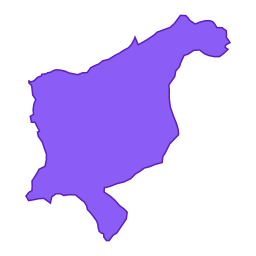 Paphos, Paphos, Cyprus
{"feature_id": "46923920B77200142670897", "entity_name": "Paphos", "entity_type": "district", "adm_level": 2, "iso_a3": "CYP", "parent_name": "Cyprus", "parent_adm1": "Paphos", "projection": "natural_earth1", "projection_center": [32.428, 34.773], "detail": "fine", "context": "isolated", "style": "filled", "palette": "violet", "viewbox_px": 256, "rotation_deg": 0, "n_neighbors": 0, "source": "geoboundaries", "source_scale": "gbopen_adm2", "svg_char_len": 2008}
<svg xmlns="http://www.w3.org/2000/svg" viewBox="0 0 256 256"><path d="M29.0,80.9L28.8,81.7L29.1,83.2L29.6,83.7L31.4,85.2L31.9,87.5L32.7,95.0L35.8,99.5L34.3,102.9L33.5,106.6L33.1,110.2L33.6,114.3L30.3,116.3L31.4,122.2L35.1,122.3L37.0,126.4L39.5,131.1L37.5,132.1L38.3,136.3L42.4,142.3L44.3,148.1L46.4,154.1L46.4,159.9L45.0,166.3L39.0,169.3L37.2,172.8L34.4,177.3L32.0,181.0L32.2,185.9L31.9,190.6L28.7,192.5L26.0,196.1L28.6,200.6L32.3,200.0L38.7,198.7L43.9,198.4L50.4,203.1L51.8,196.8L55.9,193.8L60.7,193.8L63.6,195.5L69.0,194.7L75.6,194.9L77.6,196.6L81.6,200.0L84.4,202.1L86.7,206.0L87.4,209.5L89.2,211.4L92.7,215.5L96.6,220.9L97.8,224.3L98.3,228.1L99.2,231.4L101.8,233.3L103.5,233.7L104.0,237.5L106.4,240.6L109.1,240.6L113.0,235.3L116.8,233.0L124.1,222.2L126.3,219.0L127.2,212.2L124.5,209.3L119.6,205.6L114.8,200.2L109.9,195.9L104.1,192.1L104.3,187.8L109.9,186.4L116.8,183.7L124.0,181.9L130.7,178.7L135.6,173.8L140.2,171.1L144.4,168.0L150.0,166.6L155.0,164.4L162.2,162.5L162.8,156.5L165.1,153.2L169.6,144.0L174.2,139.2L178.6,134.7L178.2,129.8L178.2,129.7L176.8,124.5L173.2,115.4L170.3,107.0L169.2,98.1L169.3,91.0L168.9,84.9L173.1,78.9L174.8,76.5L175.7,71.1L179.5,66.5L180.6,63.0L182.2,59.4L184.1,55.5L188.3,54.0L193.6,50.4L199.5,49.9L204.5,53.8L208.8,55.5L214.5,56.7L219.6,56.6L224.2,53.0L227.8,49.5L228.0,49.3L225.1,47.4L225.9,44.7L230.0,42.7L229.0,41.0L226.4,37.4L226.5,35.2L226.3,30.8L221.9,27.6L216.9,27.6L214.6,23.8L212.7,21.7L212.1,21.5L209.9,20.7L205.5,20.7L201.0,21.8L195.0,24.0L190.0,20.5L188.2,18.1L185.8,15.6L181.2,15.4L180.4,15.4L174.5,23.4L170.2,27.4L161.4,30.6L157.1,32.2L154.0,35.1L147.1,39.7L143.2,42.0L138.2,44.7L135.0,37.2L134.3,39.1L131.8,44.0L128.6,47.7L122.7,50.9L119.5,53.2L115.1,55.3L108.6,59.4L102.8,60.8L98.6,64.1L94.6,65.7L90.8,67.6L87.3,72.5L82.3,72.9L77.6,74.7L68.9,72.9L65.0,71.1L60.2,70.1L55.9,69.8L53.5,70.6L50.5,72.2L47.7,72.8L45.7,73.9L42.0,74.2L41.0,76.1L38.8,76.7L36.9,77.9L35.4,79.5L34.2,80.7L31.1,82.0L29.0,80.9Z" fill="#8b5cf6" stroke="#5b21b6" stroke-width="1.5"/></svg>